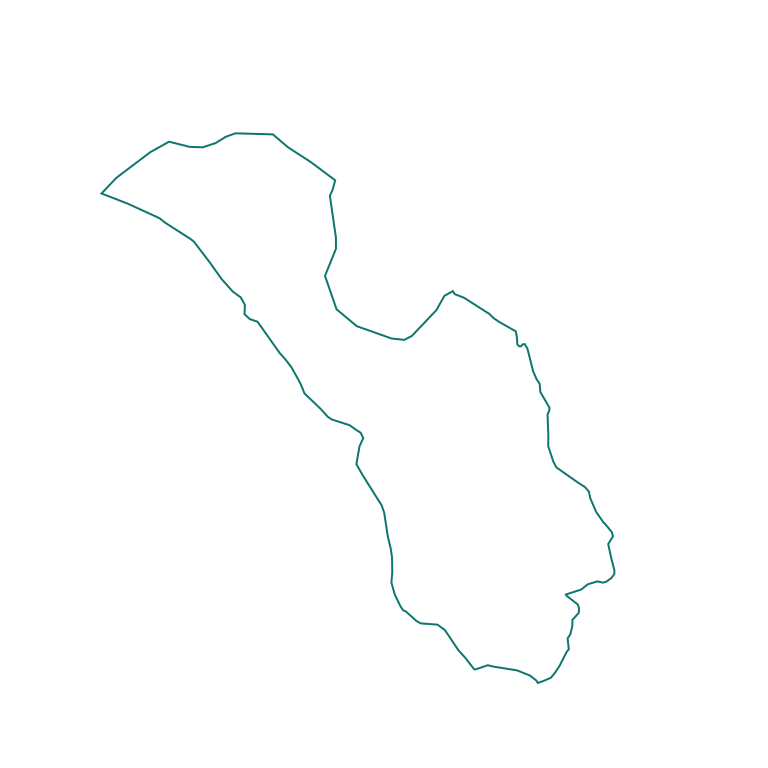 Latvia, Equal Earth projection, rotated 49°
{"feature_id": "LVA", "entity_name": "Latvia", "entity_type": "country or territory", "adm_level": 0, "iso_a3": "LVA", "parent_name": "Europe", "parent_adm1": "", "projection": "equal_earth", "projection_center": [25.364, 56.865], "detail": "fine", "context": "isolated", "style": "outline", "palette": "teal", "viewbox_px": 768, "rotation_deg": 49, "n_neighbors": 0, "source": "natural_earth", "source_scale": "50m", "svg_char_len": 1835}
<svg xmlns="http://www.w3.org/2000/svg" viewBox="0 0 768 768"><g transform="rotate(49 384 384)"><path d="M567.6,518.0L562.9,517.5L549.7,513.9L538.6,508.6L531.9,501.6L520.4,491.9L512.8,487.0L501.0,480.8L481.3,468.3L474.1,465.4L439.2,460.0L426.5,457.5L414.9,443.3L411.2,435.1L405.5,433.6L399.3,435.4L392.5,437.0L376.7,446.6L371.6,448.0L361.8,448.1L339.0,450.2L328.7,446.7L310.7,442.9L301.0,442.3L292.3,442.4L254.0,438.6L246.9,442.7L239.8,443.5L233.1,437.1L224.6,435.3L215.1,437.5L197.9,437.7L177.6,435.7L151.8,434.1L147.9,434.8L118.9,443.3L111.8,444.6L80.2,458.9L54.9,472.2L52.8,450.8L55.7,408.3L60.1,387.3L77.5,375.1L86.4,365.6L91.7,353.0L93.6,341.3L97.3,331.7L122.7,304.1L142.2,301.2L168.7,293.6L198.2,287.2L203.7,295.3L206.5,301.4L241.5,323.9L250.4,331.5L263.7,357.6L296.5,370.8L322.5,366.6L333.8,360.2L354.7,348.4L364.0,339.7L366.0,331.4L362.6,295.9L357.1,280.6L359.1,271.1L362.7,271.6L371.5,267.0L400.3,258.5L406.0,258.1L412.6,256.4L430.7,250.0L436.5,253.4L441.4,257.3L444.1,257.3L445.4,255.9L445.0,253.4L446.3,251.6L451.5,252.6L472.4,263.2L480.5,265.7L486.0,266.4L492.7,271.3L510.6,274.7L512.8,277.3L514.2,280.5L531.0,294.0L538.6,300.8L553.6,307.1L560.1,308.6L586.1,302.2L593.4,300.0L599.4,299.9L605.6,303.3L619.7,307.8L632.4,309.2L634.7,308.9L645.4,309.3L649.2,311.1L651.9,319.8L664.2,326.6L675.7,332.3L678.6,334.9L679.6,340.0L679.0,345.9L677.6,349.0L672.9,352.5L668.9,361.5L668.5,370.0L662.2,384.8L663.7,385.1L677.5,382.4L681.4,384.0L684.5,387.2L685.6,396.5L690.2,400.7L695.0,407.3L696.5,412.4L705.4,418.5L706.2,422.4L711.9,436.4L714.1,444.4L715.2,450.7L712.7,458.6L710.5,464.0L707.7,463.6L699.8,465.1L687.4,471.5L669.1,486.8L664.3,490.2L659.6,501.9L658.5,503.1L647.6,502.5L644.6,502.3L633.7,502.5L609.9,499.5L600.7,501.5L588.8,513.3L584.1,515.0L570.1,516.7L567.6,518.0Z" fill="none" stroke="#0f766e" stroke-width="2"/></g></svg>